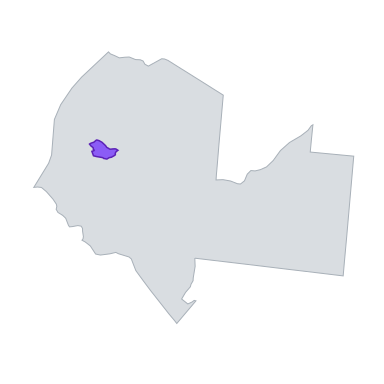 location of Sacatepéquez within Guatemala, rotated 95°
{"feature_id": "GTM-1953", "entity_name": "Sacatepéquez", "entity_type": "Department", "adm_level": 1, "iso_a3": "GTM", "parent_name": "Guatemala", "parent_adm1": "", "projection": "natural_earth1", "projection_center": [-90.754, 14.591], "detail": "fine", "context": "in_parent", "style": "filled", "palette": "violet", "viewbox_px": 384, "rotation_deg": 95, "n_neighbors": 0, "source": "natural_earth", "source_scale": "10m", "svg_char_len": 2269}
<svg xmlns="http://www.w3.org/2000/svg" viewBox="0 0 384 384"><g transform="rotate(95 192 192)"><path d="M59.7,287.4L61.5,285.4L62.9,280.9L64.7,276.1L63.6,270.7L63.0,266.3L65.0,259.8L64.8,255.0L65.8,252.1L68.8,250.1L70.4,246.5L61.9,233.8L61.9,230.9L63.0,227.4L70.0,213.8L78.2,197.7L87.3,180.0L92.8,169.3L112.8,169.3L126.0,169.3L142.7,169.3L161.0,169.2L172.9,169.2L177.9,169.1L177.0,162.2L177.7,154.5L179.8,147.5L179.8,144.4L176.3,140.7L169.4,138.5L165.5,135.2L165.5,131.0L163.8,125.9L160.5,119.9L153.5,113.8L143.0,107.5L134.1,99.1L126.7,88.6L120.4,81.8L115.6,78.9L114.5,77.4L128.6,77.6L141.9,77.7L142.0,62.6L142.1,49.1L142.2,34.0L166.3,34.0L195.1,34.0L225.0,34.0L248.5,34.1L262.4,34.1L261.8,52.9L261.1,74.7L260.6,90.7L259.9,112.1L259.2,133.9L258.3,163.7L257.7,182.9L258.0,183.4L265.8,182.4L277.5,183.3L280.3,183.2L283.9,184.9L286.6,185.4L292.6,189.7L299.5,193.0L303.9,186.4L301.6,182.4L299.8,180.4L300.1,178.6L324.3,195.7L321.4,198.4L315.3,204.5L304.2,214.9L294.2,224.3L284.7,232.8L276.0,240.4L275.0,241.2L264.0,246.6L262.2,249.1L259.9,259.9L258.8,262.6L260.8,268.6L262.8,277.8L262.2,282.6L254.6,288.6L251.1,294.0L249.6,297.4L248.2,296.5L245.9,296.3L240.5,297.6L237.8,297.9L235.7,299.4L235.4,302.8L236.9,308.2L237.4,311.0L235.9,312.2L229.2,315.5L226.6,318.7L224.1,323.7L221.1,325.8L218.1,325.4L215.9,326.1L211.3,329.8L204.3,337.1L200.6,342.4L200.5,346.4L201.2,350.0L175.8,337.3L167.4,335.1L131.7,335.4L116.4,330.4L99.0,320.7L87.2,312.0L59.7,287.4Z" fill="#d9dde1" stroke="#a8b0b8" stroke-width="1"/><path d="M148.6,291.8L148.6,291.7L148.5,291.2L148.9,289.1L150.3,286.0L153.3,282.2L155.0,280.8L155.9,278.6L156.3,278.1L156.4,277.7L156.5,277.3L156.4,276.9L156.2,275.5L156.0,274.8L155.7,272.5L155.8,271.5L156.9,269.4L158.4,271.0L159.3,271.6L159.9,271.7L160.5,271.8L161.4,271.6L161.6,271.6L162.4,272.4L164.4,275.3L165.0,277.5L165.9,278.7L166.5,279.5L166.6,280.3L166.3,281.7L166.4,282.6L165.9,283.3L165.5,284.2L165.0,290.4L164.5,293.3L160.2,295.3L159.5,293.5L159.4,293.3L159.1,293.1L158.7,293.2L158.4,293.8L158.0,294.1L157.0,294.1L156.5,294.4L156.3,294.5L156.2,294.7L155.9,295.2L155.5,295.8L155.4,296.0L155.0,296.6L153.2,298.3L152.9,298.0L152.5,297.5L151.7,295.9L151.2,294.7L151.1,294.3L150.5,293.7L148.6,291.8Z" fill="#8b5cf6" stroke="#5b21b6" stroke-width="1.5"/></g></svg>